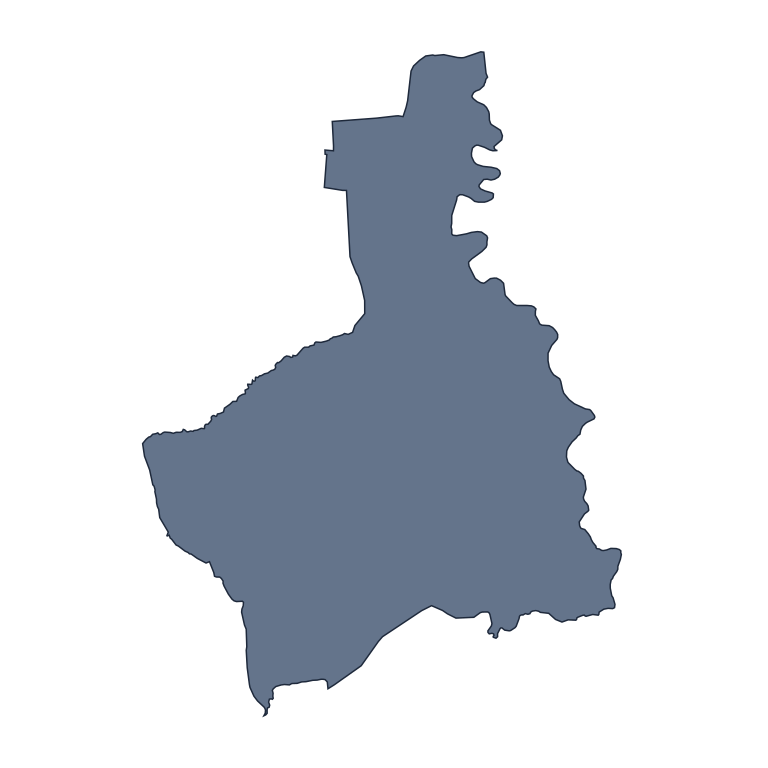 Progreso de Obregón, Hidalgo, Mexico, rotated 181°
{"feature_id": "50627088B79167311064523", "entity_name": "Progreso de Obregón", "entity_type": "district", "adm_level": 2, "iso_a3": "MEX", "parent_name": "Mexico", "parent_adm1": "Hidalgo", "projection": "mercator", "projection_center": [-99.182, 20.304], "detail": "fine", "context": "isolated", "style": "filled", "palette": "slate", "viewbox_px": 768, "rotation_deg": 181, "n_neighbors": 0, "source": "geoboundaries", "source_scale": "gbopen_adm2", "svg_char_len": 6130}
<svg xmlns="http://www.w3.org/2000/svg" viewBox="0 0 768 768"><g transform="rotate(181 384 384)"><path d="M596.8,331.8L602.4,332.1L603.9,331.6L606.2,329.8L607.7,329.6L609.3,331.2L611.4,330.3L614.4,329.7L616.6,327.3L618.3,326.8L620.9,324.5L624.3,320.2L622.2,307.6L616.8,293.9L613.4,279.2L612.1,277.8L611.0,274.1L611.2,272.3L609.5,265.0L609.3,261.1L608.4,257.5L607.1,254.8L605.9,246.5L597.1,232.2L598.4,228.5L598.1,228.3L596.2,229.1L595.0,226.1L593.6,225.1L589.1,219.4L586.8,218.4L580.0,213.4L576.9,212.1L575.6,210.8L573.8,210.6L567.7,206.4L558.8,201.9L555.4,203.3L550.9,192.5L550.1,188.8L548.2,188.1L544.9,188.1L543.2,186.7L541.4,184.1L541.5,182.0L540.3,179.0L535.9,171.1L532.3,166.3L530.2,164.6L527.7,163.9L521.8,164.3L520.7,163.3L520.9,159.8L522.1,156.5L522.4,153.4L519.3,140.6L517.5,136.5L516.6,118.9L517.1,115.4L515.8,97.9L513.3,81.1L512.7,78.3L508.6,69.6L504.9,64.9L498.3,58.9L497.3,57.4L496.8,55.7L497.0,52.8L498.3,50.2L496.5,51.1L495.1,52.7L495.2,56.4L494.8,58.1L493.2,58.8L492.7,60.9L493.8,63.9L493.1,66.9L491.3,67.2L490.1,66.8L489.3,67.8L489.7,70.0L489.5,72.9L490.3,75.7L489.4,77.3L486.9,79.6L481.6,81.3L478.3,81.8L473.3,81.5L471.0,82.9L465.5,83.2L461.1,84.7L456.8,85.0L450.1,86.5L445.6,86.8L441.7,87.7L439.7,87.7L437.7,87.4L435.5,85.1L434.7,78.3L428.3,82.5L401.9,101.9L385.1,126.5L381.1,131.3L342.3,158.1L332.6,163.2L321.5,158.6L316.5,155.3L308.0,151.2L290.1,152.3L283.7,157.1L281.7,157.7L276.3,157.9L274.9,157.0L274.1,155.5L271.9,146.4L272.4,144.0L275.8,139.0L275.7,137.4L274.4,136.0L271.7,136.6L270.1,136.1L269.6,134.7L270.4,133.6L270.3,132.7L267.6,131.8L266.0,133.3L266.1,136.4L263.6,141.6L262.8,142.2L261.9,142.2L259.0,140.0L254.5,139.4L253.1,139.7L248.7,142.7L247.6,144.1L244.9,151.7L244.5,154.1L243.8,155.0L241.9,155.7L241.1,155.4L238.8,156.9L236.1,156.3L234.1,156.9L233.4,158.4L231.8,159.5L228.3,160.1L225.4,159.5L223.7,158.4L215.3,157.6L208.4,151.6L201.9,149.1L195.8,151.4L188.1,151.2L187.4,151.8L187.0,153.6L186.1,154.2L181.0,156.3L179.6,156.4L178.8,155.5L177.8,155.3L171.3,157.2L165.8,156.6L165.2,157.3L164.9,159.7L160.3,162.7L156.0,163.6L151.4,163.4L149.6,164.4L149.2,167.7L151.2,174.2L152.6,176.3L154.2,183.8L154.3,187.5L153.5,192.0L152.1,193.5L151.3,195.8L148.0,200.5L147.0,202.8L147.0,205.8L144.6,212.8L143.7,217.7L144.3,219.4L144.3,221.3L145.8,222.6L148.9,223.5L154.3,223.6L158.6,221.9L161.7,221.3L163.4,221.4L165.8,222.8L168.3,223.1L169.2,224.2L169.2,225.5L172.4,229.2L174.0,232.0L175.0,234.7L177.1,237.8L180.7,242.0L184.2,243.0L184.9,243.6L185.9,245.6L186.4,249.5L181.3,257.6L177.8,260.4L177.1,261.4L177.8,265.7L179.1,267.9L181.3,270.2L182.4,272.4L182.7,274.4L180.2,282.4L181.4,291.0L182.9,293.4L183.0,295.5L185.4,298.1L188.1,300.1L189.8,300.5L191.9,302.1L198.3,308.4L198.9,309.3L200.3,314.2L200.1,320.4L198.6,324.0L194.9,329.5L190.9,333.4L189.3,335.7L187.2,337.2L186.5,341.4L184.9,345.1L181.8,348.2L180.1,349.4L173.4,352.8L172.6,354.6L173.1,356.2L176.7,361.0L177.9,362.0L182.2,362.6L193.3,367.5L198.7,371.6L204.1,377.9L205.5,381.9L207.3,389.7L208.5,392.3L214.6,396.2L216.9,399.3L219.1,403.8L220.4,410.1L220.5,417.7L217.0,425.5L211.8,431.7L211.2,433.3L211.2,436.5L212.3,438.8L214.3,441.3L216.4,443.4L219.9,445.2L227.3,445.6L229.5,446.9L230.7,449.8L233.9,455.3L233.9,459.4L233.4,461.7L235.5,463.7L238.0,464.7L242.4,465.0L252.7,464.8L255.4,465.9L257.3,467.5L263.9,474.2L264.5,475.5L266.2,486.8L269.3,489.8L273.3,491.8L275.7,491.8L279.5,491.2L284.8,487.1L286.2,486.5L289.3,487.2L294.6,491.0L301.0,503.2L301.5,506.2L301.4,507.5L298.5,510.6L288.5,518.2L284.3,522.5L283.5,524.9L283.6,527.9L283.0,531.9L283.9,534.0L289.2,537.6L293.2,538.0L299.3,537.1L304.1,535.6L313.9,533.6L317.1,533.9L318.0,534.2L318.9,535.4L318.9,539.6L319.7,542.2L319.1,545.7L319.2,553.7L314.6,569.3L314.2,572.5L311.6,574.6L308.7,574.6L302.7,572.5L300.2,571.1L296.6,568.2L292.9,567.5L286.7,567.6L283.9,568.4L279.7,570.5L278.1,572.2L277.9,575.9L279.2,576.9L286.4,578.8L290.9,580.8L292.5,583.1L292.3,584.7L287.9,590.2L284.4,590.6L280.6,589.8L276.9,590.7L273.3,592.9L271.8,595.1L271.4,596.5L272.2,599.3L275.0,601.4L280.7,602.6L288.7,603.3L294.3,604.9L296.0,605.8L297.9,607.7L300.4,612.9L300.6,616.2L299.7,621.4L297.3,623.6L295.6,624.4L294.0,624.4L287.6,622.4L282.4,619.9L279.2,619.1L274.7,619.4L276.5,620.0L277.8,621.4L278.1,623.4L270.6,630.2L269.9,634.2L272.0,639.7L280.7,645.0L281.9,646.1L283.2,649.7L283.5,655.7L284.0,658.0L286.4,662.3L289.1,664.9L295.7,667.7L299.8,670.9L301.0,672.6L301.0,673.9L299.4,677.0L297.1,678.6L293.6,680.0L289.3,684.1L288.7,686.5L288.1,687.2L287.5,690.4L285.8,692.6L287.4,696.4L290.0,717.5L293.0,717.8L309.6,711.8L312.0,711.5L316.1,711.7L330.0,714.3L338.9,713.3L341.0,713.8L348.0,712.7L354.1,708.2L360.0,702.5L362.4,697.4L365.3,667.7L366.7,661.1L369.6,651.7L374.4,652.4L377.0,652.2L396.0,649.7L440.3,645.6L438.6,621.0L438.6,616.3L447.1,616.9L446.9,612.7L445.2,612.4L447.1,579.5L428.9,576.9L424.9,576.9L420.2,510.7L418.0,504.6L413.7,494.6L411.7,491.4L408.3,481.8L404.8,467.2L404.5,454.0L414.1,442.0L416.3,435.1L420.7,433.0L424.4,433.8L426.1,432.6L429.0,431.5L432.8,430.4L435.6,430.1L436.6,429.1L438.6,428.2L439.4,427.1L442.3,425.9L447.7,424.5L452.8,424.8L453.9,423.9L454.7,421.7L458.6,420.8L460.0,419.5L464.0,419.4L465.6,418.3L471.6,411.2L473.1,410.6L475.5,411.0L475.8,409.4L476.7,409.1L477.9,409.0L478.7,409.8L481.9,410.3L484.2,409.0L487.3,405.3L489.6,403.5L490.9,403.6L492.4,402.0L493.1,400.8L492.6,398.6L493.4,396.9L494.9,396.0L496.9,395.5L500.4,392.9L503.7,392.1L506.6,390.3L508.6,389.9L510.2,388.2L512.3,388.6L512.6,388.2L512.8,385.1L513.5,384.6L514.5,384.6L515.5,385.5L516.1,381.7L516.8,381.3L520.2,381.4L520.3,380.7L519.3,378.1L519.6,377.1L522.8,375.4L522.4,372.3L522.7,371.7L525.3,371.1L528.0,369.5L529.6,368.0L531.1,364.1L534.8,363.9L537.6,361.1L543.1,357.1L544.0,353.2L547.2,351.7L550.0,351.1L550.8,348.9L551.5,348.6L553.1,349.4L554.2,349.5L555.2,348.9L556.0,348.0L556.2,347.0L555.7,345.8L556.5,343.9L559.3,340.7L561.3,340.6L562.0,340.1L562.7,338.6L562.6,336.7L563.0,336.2L566.0,336.5L570.0,334.6L573.1,334.2L574.1,333.3L576.6,333.6L579.2,332.7L580.5,332.9L582.5,334.7L583.9,335.1L584.9,332.9L586.9,332.1L591.0,332.1L593.8,331.0L596.8,331.8Z" fill="#64748b" stroke="#1e293b" stroke-width="1.5"/></g></svg>